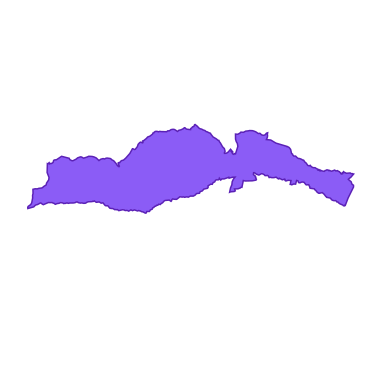 outline of Stefesti, Prahova, Romania, rotated 300°
{"feature_id": "2599482B54768609949993", "entity_name": "Stefesti", "entity_type": "district", "adm_level": 2, "iso_a3": "ROU", "parent_name": "Romania", "parent_adm1": "Prahova", "projection": "albers", "projection_center": [25.865, 45.269], "detail": "fine", "context": "isolated", "style": "filled", "palette": "violet", "viewbox_px": 384, "rotation_deg": 300, "n_neighbors": 0, "source": "geoboundaries", "source_scale": "gbopen_adm2", "svg_char_len": 6049}
<svg xmlns="http://www.w3.org/2000/svg" viewBox="0 0 384 384"><g transform="rotate(300 192 192)"><path d="M288.4,323.0L288.0,321.4L287.4,320.6L287.6,319.5L285.4,316.3L285.3,313.9L285.1,313.9L285.3,313.1L283.7,313.3L283.8,312.6L282.5,312.8L282.3,311.6L283.0,310.9L283.0,309.8L283.3,309.4L283.1,308.2L283.3,307.4L282.2,306.1L282.3,304.6L279.8,302.5L279.5,301.1L279.5,300.3L278.9,300.0L279.1,298.9L278.6,297.7L277.5,297.0L277.1,296.5L276.0,296.2L275.2,293.8L275.1,292.2L274.6,292.7L274.3,292.4L274.5,292.1L274.0,290.1L274.7,290.1L274.5,288.0L274.6,286.4L273.7,284.8L273.6,284.0L273.6,282.7L274.2,281.0L273.3,280.5L272.9,278.9L274.1,276.6L274.4,274.7L275.4,272.7L275.0,271.9L275.1,270.5L274.8,268.5L274.2,267.3L274.3,265.9L274.9,263.8L274.1,262.3L274.1,261.8L274.4,260.9L275.1,260.1L275.1,259.0L278.2,256.1L279.1,253.9L279.1,252.4L278.8,251.6L279.0,251.5L276.3,240.2L276.4,234.2L274.6,230.2L275.8,230.1L277.4,229.8L278.7,229.2L279.5,228.5L281.1,227.9L280.2,227.1L277.8,226.6L276.7,225.4L276.3,223.5L276.8,221.8L276.7,221.3L276.0,220.5L275.8,219.9L276.0,217.2L275.8,215.7L275.4,213.8L274.0,211.1L273.1,210.2L271.6,208.1L269.4,206.7L268.3,204.4L266.9,204.0L264.9,202.8L263.9,200.7L259.5,203.3L257.8,205.1L256.7,207.0L254.4,208.9L246.8,210.6L246.4,209.4L245.5,209.4L245.4,208.4L245.5,207.8L246.2,207.1L246.7,205.7L247.0,205.9L247.3,206.7L248.3,204.0L244.8,203.4L243.5,202.8L242.6,202.2L241.7,200.8L242.0,200.5L243.8,200.3L245.8,198.3L246.4,195.9L248.6,192.2L249.3,190.5L250.1,189.5L249.8,188.7L250.2,186.3L250.2,182.7L251.6,179.3L252.1,178.6L251.8,177.1L251.7,175.0L251.4,174.1L251.7,172.5L251.3,170.6L251.3,169.0L250.8,167.3L250.9,165.8L251.6,163.8L252.0,160.9L251.5,160.6L249.6,160.8L248.7,159.9L247.4,159.7L246.4,159.2L245.3,159.6L243.8,156.1L243.7,155.4L244.1,153.9L243.9,153.3L242.1,152.6L240.2,151.2L238.8,149.7L237.2,149.2L237.4,145.7L236.9,144.3L235.6,142.7L233.7,141.8L232.7,140.3L231.6,140.0L229.0,135.3L228.4,133.8L227.4,132.9L227.0,131.3L226.1,129.9L224.7,129.3L224.2,129.4L223.6,128.7L222.4,128.9L219.3,127.6L217.5,126.1L215.5,125.7L212.2,124.4L211.6,123.8L210.7,124.6L210.0,124.7L209.7,124.2L209.7,122.8L208.7,122.0L206.3,121.5L204.0,122.0L200.6,121.5L200.0,120.9L199.9,119.1L199.7,118.8L194.3,118.9L188.3,117.7L185.3,116.7L184.2,115.5L182.8,114.8L181.2,114.7L180.7,113.7L180.3,113.5L180.0,113.6L179.8,114.1L179.1,114.7L178.0,116.2L177.5,116.2L177.3,115.6L177.8,113.7L178.5,112.5L179.8,109.0L179.9,107.8L179.8,106.5L180.2,105.0L180.1,104.3L178.9,101.4L178.0,100.4L176.9,99.8L176.5,98.3L174.8,96.6L172.7,95.7L173.6,92.1L173.4,89.7L172.8,87.6L171.3,84.7L169.9,83.7L167.1,81.2L167.1,79.4L166.9,78.2L166.3,77.5L164.3,75.8L162.7,75.3L159.6,73.3L159.2,72.7L159.0,72.0L159.0,69.9L159.8,68.8L157.7,61.2L152.2,58.5L151.0,56.9L150.2,56.4L148.2,56.9L147.3,56.6L146.1,55.7L145.8,54.8L145.3,54.7L146.0,53.6L144.2,53.2L144.2,52.6L136.4,56.8L133.1,60.9L130.9,61.8L126.9,61.6L125.3,62.2L122.2,60.6L121.3,60.5L120.3,59.8L118.6,57.5L117.3,56.4L116.4,54.6L114.8,52.9L111.2,55.1L109.4,55.6L107.1,57.0L102.5,58.6L100.5,58.6L97.6,57.3L96.6,57.4L95.6,58.1L100.0,62.4L102.1,62.9L103.0,63.5L103.9,64.5L106.7,66.2L106.9,67.1L106.6,68.5L106.7,69.6L110.7,72.6L111.3,73.2L111.7,74.2L112.9,76.1L112.9,77.1L113.2,78.1L113.0,79.1L113.1,79.9L114.4,80.8L115.7,82.5L117.1,83.5L117.9,85.5L117.8,86.6L118.3,87.1L118.6,87.8L120.1,89.2L120.3,90.5L121.3,91.6L123.3,94.9L124.3,96.1L125.5,96.8L126.1,98.0L125.9,98.8L126.6,100.9L127.4,101.9L128.1,104.0L129.2,105.5L130.7,106.2L131.7,107.1L133.7,110.3L134.4,110.7L134.6,111.4L135.4,111.8L135.2,114.2L136.9,116.5L137.0,117.0L136.9,118.9L138.1,120.2L136.9,123.5L137.0,124.3L138.0,125.9L136.9,128.9L137.2,130.0L138.1,131.8L138.1,134.1L138.7,134.7L138.9,135.5L139.5,136.3L139.2,137.7L139.4,138.1L141.9,140.7L142.5,142.2L142.5,143.4L143.2,144.3L143.7,145.4L143.8,146.8L146.0,148.0L146.1,149.8L147.7,151.1L148.3,154.1L148.6,154.6L149.4,155.2L149.5,156.2L149.8,156.8L149.7,158.0L150.3,159.7L150.3,161.8L150.6,162.6L151.0,162.8L152.5,162.6L153.9,164.9L155.7,164.9L157.1,166.1L158.5,165.9L159.6,166.7L160.6,166.7L161.8,167.8L162.7,167.9L163.4,169.0L164.7,169.2L165.3,170.8L166.6,171.1L167.9,171.9L170.4,172.4L171.2,172.9L173.6,176.3L173.4,178.5L174.0,178.7L175.5,178.4L176.3,178.7L176.8,180.2L178.0,182.4L181.8,183.9L182.7,186.1L183.5,187.0L183.7,188.2L185.3,190.0L185.6,191.3L187.7,192.7L189.1,195.2L190.9,196.3L192.9,196.7L194.7,199.1L196.4,198.9L198.1,200.4L200.4,200.8L203.0,203.6L204.2,203.6L205.3,202.8L208.1,204.3L208.8,205.7L210.7,205.6L212.1,206.6L213.8,206.5L214.7,207.0L215.7,208.7L216.2,209.1L217.6,208.8L216.7,210.9L218.3,211.4L219.5,213.4L223.2,216.5L222.5,217.2L224.9,219.5L226.4,221.8L223.7,221.4L220.9,221.7L218.2,222.9L214.8,223.3L210.6,224.7L211.5,225.4L213.5,228.3L214.6,228.9L215.9,227.3L217.8,230.3L219.1,231.3L219.4,231.7L220.6,232.1L221.0,232.9L227.6,230.7L228.1,232.5L231.9,238.7L234.3,241.5L235.3,241.4L235.9,240.2L236.8,239.9L236.8,239.2L237.6,238.5L237.7,236.7L237.9,236.4L239.5,235.7L239.8,236.0L239.9,236.7L239.6,239.1L239.9,239.8L239.9,240.9L240.4,241.7L242.6,243.0L243.0,244.0L243.1,246.0L242.7,247.0L243.1,247.8L244.1,249.1L244.1,249.9L243.1,251.6L243.9,252.5L244.3,253.9L245.4,255.8L246.9,257.4L246.5,260.2L246.8,260.7L247.5,260.7L247.6,261.0L247.7,264.1L249.5,265.8L249.5,266.2L248.5,266.8L248.5,267.8L250.2,269.4L251.4,272.0L247.7,273.2L248.1,274.1L248.1,274.8L249.8,276.1L250.6,277.8L254.3,276.8L254.6,277.9L254.5,278.4L253.5,279.5L253.5,280.1L254.2,281.2L255.1,281.7L255.9,282.7L256.4,284.2L255.3,287.0L255.5,287.8L256.4,288.9L256.6,289.6L255.9,290.4L255.5,291.3L254.7,291.8L254.3,292.4L255.9,296.4L255.3,297.4L255.3,298.2L254.4,300.5L254.3,301.7L254.3,302.4L254.7,303.1L256.6,305.1L256.1,307.6L255.0,310.2L255.0,311.0L254.7,311.3L255.8,314.4L255.7,315.5L255.1,316.6L255.1,317.9L255.5,319.4L256.3,320.6L256.3,321.3L255.8,322.5L256.3,323.3L255.9,324.3L255.7,326.1L256.1,329.2L255.8,330.0L256.3,331.1L257.3,331.0L257.3,331.4L264.8,330.2L277.1,329.4L278.6,328.5L278.8,326.6L280.5,324.6L280.8,322.4L281.2,321.0L283.2,321.7L283.7,322.1L288.4,323.0Z" fill="#8b5cf6" stroke="#5b21b6" stroke-width="1.5"/></g></svg>